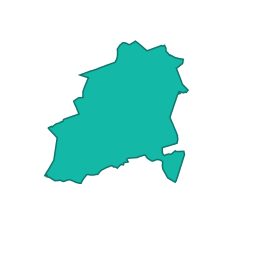 the district of Gepiu, Bihor, Romania, rotated 37°
{"feature_id": "2599482B6975521372784", "entity_name": "Gepiu", "entity_type": "district", "adm_level": 2, "iso_a3": "ROU", "parent_name": "Romania", "parent_adm1": "Bihor", "projection": "albers", "projection_center": [21.796, 46.914], "detail": "fine", "context": "isolated", "style": "filled", "palette": "teal", "viewbox_px": 256, "rotation_deg": 37, "n_neighbors": 0, "source": "geoboundaries", "source_scale": "gbopen_adm2", "svg_char_len": 5288}
<svg xmlns="http://www.w3.org/2000/svg" viewBox="0 0 256 256"><g transform="rotate(37 128 128)"><path d="M123.8,200.3L123.4,198.8L123.2,197.9L123.2,197.4L123.1,196.5L123.1,195.5L123.0,194.4L123.1,193.1L123.1,192.2L123.1,190.6L123.6,189.5L125.1,188.7L126.1,188.2L126.6,187.9L127.2,187.5L127.9,186.9L128.5,186.5L129.1,185.9L130.0,184.8L130.4,184.5L131.0,183.9L131.8,183.0L131.8,180.7L131.9,179.4L132.1,178.2L132.3,177.4L132.5,176.9L132.8,176.3L133.1,175.7L133.5,174.9L133.8,174.3L134.1,173.5L134.7,172.4L135.3,171.3L135.7,171.0L136.4,169.6L137.1,168.5L138.5,167.5L139.8,167.9L141.5,166.6L143.7,166.5L143.7,165.9L144.0,163.1L144.4,161.4L144.7,161.3L144.9,160.8L146.4,160.4L146.4,159.6L146.1,159.2L145.7,158.2L146.4,157.1L147.3,156.2L147.9,155.8L148.2,155.6L148.3,155.5L148.3,155.2L148.5,154.9L146.0,154.0L146.0,152.9L146.5,152.1L147.2,151.2L148.7,149.9L150.3,148.5L152.3,146.8L153.2,146.0L153.6,145.2L154.2,144.1L155.4,142.5L156.6,140.7L157.4,139.7L157.9,139.5L158.4,139.4L158.8,139.4L159.6,139.8L160.8,140.3L162.3,140.4L164.3,140.3L166.4,140.1L167.2,139.8L167.8,139.3L168.4,138.5L169.7,136.3L170.2,135.7L170.9,135.3L172.4,134.4L173.5,134.1L174.6,134.0L175.8,133.9L176.1,134.1L178.0,137.3L180.4,139.7L182.5,140.7L187.1,142.7L189.9,143.9L196.2,143.2L198.3,142.9L198.2,140.9L197.7,140.0L197.3,138.4L195.6,133.5L193.4,127.5L192.9,125.9L190.3,118.7L189.1,115.2L186.6,113.0L181.9,116.9L179.7,118.2L179.4,118.0L178.5,122.0L178.3,122.6L178.0,123.1L177.5,123.5L177.0,123.9L176.3,124.2L175.8,124.6L175.6,125.0L174.9,125.8L174.7,126.2L174.3,126.7L174.0,127.6L173.8,127.9L173.3,128.1L172.5,128.1L171.9,127.9L169.7,126.7L169.8,126.4L167.2,123.1L167.5,122.7L168.7,121.0L169.5,119.9L171.0,118.0L171.5,117.3L173.8,114.1L174.7,113.0L174.8,112.9L175.4,112.0L175.9,111.1L176.2,110.7L176.3,110.4L175.7,109.4L175.0,107.8L174.5,107.1L173.9,106.3L172.9,105.5L172.7,105.2L172.5,104.8L172.4,104.5L171.7,104.2L171.0,103.6L167.7,101.6L166.9,101.2L163.5,99.2L163.0,98.9L162.2,98.4L161.8,98.2L161.0,97.7L159.5,96.9L155.9,94.8L155.4,94.5L155.1,94.2L154.4,92.2L153.8,90.5L153.7,90.4L153.2,88.8L153.2,88.7L152.0,85.2L151.2,82.8L151.0,82.7L150.9,82.1L150.6,81.0L150.1,79.6L149.8,78.3L149.6,77.7L149.4,77.1L148.9,75.9L148.1,73.3L147.9,72.7L147.5,71.5L147.4,71.2L147.9,70.5L148.7,69.1L147.0,69.2L147.0,68.7L147.0,68.0L150.4,66.9L151.4,66.2L151.6,65.2L153.1,64.6L153.2,61.6L149.9,61.1L145.4,60.4L145.0,60.3L141.6,58.1L141.4,58.0L140.5,57.4L139.8,56.9L138.1,55.9L137.2,55.3L136.2,54.7L135.9,54.5L133.2,52.8L130.7,51.3L130.8,51.2L131.8,47.3L132.0,46.3L132.8,43.8L132.8,43.7L132.7,43.5L132.0,42.1L130.8,39.9L130.6,40.0L129.9,40.3L129.3,40.7L128.5,41.1L126.5,42.1L125.2,42.6L123.5,43.3L122.7,43.5L121.9,43.7L121.4,43.8L120.8,43.8L120.3,43.9L119.7,44.0L119.1,44.1L118.6,44.3L118.0,44.4L117.6,44.3L117.5,44.9L116.1,44.6L114.5,44.1L113.1,44.0L112.6,43.9L112.2,43.8L111.6,43.2L111.1,42.5L110.6,41.8L110.2,41.4L109.7,41.1L108.7,40.6L108.4,40.5L108.0,40.3L107.8,40.2L107.5,40.1L107.4,40.0L106.5,41.6L106.4,41.7L106.0,41.9L105.4,41.9L105.1,42.0L104.1,43.6L103.9,43.9L103.6,44.4L103.3,44.9L103.2,45.1L103.0,45.3L102.1,46.7L100.9,48.5L100.5,49.1L100.0,50.0L99.5,50.7L99.2,51.2L99.1,51.3L98.7,51.9L98.5,52.2L97.5,53.7L97.3,54.1L96.7,54.9L96.1,54.9L88.9,54.4L85.1,54.2L81.6,54.2L80.7,56.8L79.2,60.4L78.9,60.6L78.4,60.8L77.8,61.0L76.4,61.2L76.1,61.3L75.6,61.4L75.1,61.6L74.4,61.8L73.8,62.2L73.3,62.5L73.0,62.7L72.8,62.9L72.6,63.2L72.4,63.4L72.3,63.8L72.2,64.8L71.7,67.0L72.0,70.4L72.0,71.2L72.0,71.5L73.2,72.7L74.3,74.0L74.8,74.8L75.4,75.6L76.3,77.0L76.9,78.2L77.3,79.4L77.7,80.1L77.8,80.3L77.8,80.5L77.7,80.8L77.7,81.1L77.7,81.4L77.8,81.9L77.8,82.2L78.0,82.7L78.1,82.9L78.2,83.2L76.6,85.7L76.2,86.2L75.3,87.6L75.2,87.8L74.6,88.7L74.5,88.9L74.1,89.4L74.1,89.5L72.7,91.5L71.5,93.6L70.4,95.2L68.8,97.7L67.8,99.5L67.3,100.3L67.2,100.5L66.0,102.1L65.5,103.0L64.0,104.8L57.7,114.6L66.1,111.7L68.6,121.1L70.1,126.0L71.2,127.4L73.7,130.8L73.3,131.1L71.5,132.6L70.7,133.3L70.3,133.8L69.9,134.8L69.5,136.1L68.8,138.3L68.5,139.3L69.7,140.1L71.3,141.0L74.3,142.6L77.2,144.4L78.0,144.8L78.6,145.2L79.8,146.0L80.3,146.3L80.5,146.3L80.1,146.9L79.3,148.1L77.9,150.2L76.7,151.9L75.2,154.2L74.0,156.0L72.6,158.0L71.5,159.9L71.5,160.1L71.5,160.4L71.5,160.6L71.7,161.2L71.9,161.6L72.0,161.8L71.7,162.7L71.6,162.8L71.3,162.8L71.1,162.9L70.7,163.8L70.3,165.0L68.1,168.0L67.3,170.9L67.0,172.0L66.8,172.9L66.0,172.7L64.9,174.6L64.3,175.6L64.6,176.2L71.0,177.3L76.1,178.2L77.4,178.5L77.6,178.9L85.0,192.5L85.9,194.1L86.1,194.5L86.3,194.9L87.2,196.6L88.1,198.2L88.2,198.4L88.3,198.8L88.3,199.3L88.6,201.4L88.9,204.0L89.1,205.6L89.5,208.9L89.7,212.0L90.2,216.1L90.4,216.0L90.6,215.9L90.7,215.4L90.8,215.0L91.1,214.6L91.1,214.3L91.6,214.6L91.8,214.7L91.9,214.8L92.1,214.9L92.2,215.9L92.6,215.7L94.2,215.0L94.8,214.7L97.1,214.5L98.0,214.4L99.2,214.3L100.1,214.2L100.8,214.2L101.1,214.1L101.3,214.1L101.7,213.8L102.6,213.0L103.4,212.4L103.9,211.9L104.2,211.6L104.9,210.9L105.2,210.6L105.6,210.4L106.0,210.3L106.8,210.1L107.5,210.0L108.2,209.7L108.6,209.6L109.2,208.8L111.1,206.0L111.6,205.3L111.8,204.9L112.2,204.6L112.9,204.4L113.3,204.2L115.0,203.7L116.2,203.3L116.7,203.2L117.0,203.1L117.5,203.1L117.9,203.0L118.2,203.0L118.6,202.9L119.4,202.6L120.4,202.2L121.3,201.8L122.5,201.3L123.6,200.5L123.8,200.3Z" fill="#14b8a6" stroke="#0f766e" stroke-width="1.5"/></g></svg>